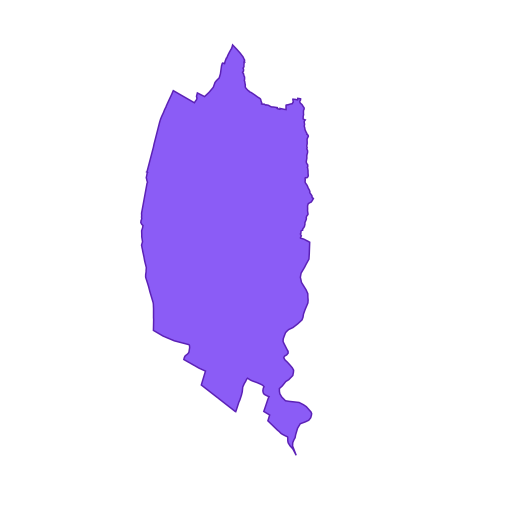 Dulcesti, Neamt, Romania (Natural Earth projection), rotated 55°
{"feature_id": "2599482B7069275875494", "entity_name": "Dulcesti", "entity_type": "district", "adm_level": 2, "iso_a3": "ROU", "parent_name": "Romania", "parent_adm1": "Neamt", "projection": "natural_earth1", "projection_center": [26.772, 46.976], "detail": "fine", "context": "isolated", "style": "filled", "palette": "violet", "viewbox_px": 512, "rotation_deg": 55, "n_neighbors": 0, "source": "geoboundaries", "source_scale": "gbopen_adm2", "svg_char_len": 6067}
<svg xmlns="http://www.w3.org/2000/svg" viewBox="0 0 512 512"><g transform="rotate(55 256 256)"><path d="M181.5,343.6L181.8,343.6L184.0,344.7L185.1,345.1L187.4,346.2L189.4,347.0L191.2,347.8L191.8,348.0L196.1,350.0L199.2,351.2L202.6,352.5L204.9,354.4L205.8,355.0L207.9,357.0L209.8,358.4L210.5,358.7L216.6,360.6L219.9,361.7L224.4,363.4L233.7,366.5L235.2,367.0L236.4,367.6L240.6,370.3L247.7,375.3L249.5,376.4L258.1,382.7L268.4,378.0L278.6,371.6L289.9,362.0L290.5,361.7L291.3,361.9L293.0,362.9L296.1,365.9L296.7,366.9L297.1,368.8L297.1,369.4L297.1,370.0L297.3,371.7L298.4,373.4L299.4,374.5L315.4,366.9L321.3,363.4L330.3,374.8L371.4,362.2L371.9,361.9L370.7,360.2L366.0,354.0L364.6,351.7L361.6,347.7L359.3,345.1L355.7,342.0L353.7,338.6L352.8,336.5L351.8,334.8L351.4,333.7L351.2,333.1L352.1,332.6L353.4,332.2L355.0,331.4L356.6,330.4L360.4,327.7L362.4,326.5L363.5,325.8L365.0,325.0L366.0,324.6L367.2,324.4L367.7,324.4L367.9,324.8L368.5,325.9L369.8,327.2L370.4,327.7L371.4,328.2L372.6,328.6L373.9,328.6L375.1,328.1L377.5,326.8L378.7,326.0L378.9,326.5L380.2,328.5L383.7,333.2L387.8,338.8L394.1,336.0L397.8,340.8L410.9,338.3L413.0,337.7L415.6,337.3L417.1,336.7L420.0,335.2L422.2,333.9L422.5,333.9L423.5,334.5L425.2,335.7L425.9,336.1L427.5,336.8L429.0,336.9L431.2,337.0L432.6,336.8L434.1,336.6L435.1,336.5L436.3,336.6L442.3,337.4L432.6,335.0L430.0,333.0L428.1,330.0L427.3,328.2L425.2,326.1L420.9,320.7L418.8,316.0L419.0,315.2L420.2,310.6L420.8,307.0L419.9,304.0L418.1,301.8L417.0,300.8L415.2,300.4L408.3,301.2L405.1,302.4L400.7,304.7L394.0,312.3L391.5,314.9L386.3,315.8L382.5,315.5L380.4,314.5L378.0,312.9L377.5,309.0L375.9,303.6L376.1,300.1L375.0,294.4L372.7,292.0L371.1,290.7L368.5,290.4L365.0,290.7L361.0,291.2L357.6,291.9L355.2,291.6L354.4,290.0L354.6,287.6L354.0,285.4L352.3,284.3L351.6,284.4L343.2,283.2L341.4,282.8L339.4,281.1L337.7,278.7L335.7,275.7L335.2,273.1L335.0,271.4L335.8,266.8L335.5,260.6L334.7,254.9L333.1,252.6L330.8,250.4L327.9,246.3L325.8,242.9L324.2,240.4L322.0,238.6L319.6,237.2L316.6,235.2L312.6,234.4L303.7,233.9L301.4,232.9L298.9,231.9L295.9,228.9L293.0,222.5L291.7,220.1L288.9,214.4L284.5,210.9L275.5,204.1L269.5,207.2L266.9,209.3L266.6,209.2L266.4,209.0L265.5,207.3L263.7,207.1L263.3,206.9L263.2,206.3L262.9,206.0L261.8,205.2L261.3,204.6L261.3,204.0L261.4,203.4L261.6,203.1L261.5,202.8L261.1,202.6L260.5,202.0L260.4,201.7L260.2,200.7L259.6,199.4L258.7,198.4L258.2,197.9L258.1,197.7L256.8,196.9L254.9,193.9L254.0,193.1L253.4,192.9L252.4,191.6L252.1,190.6L251.9,189.9L251.7,189.5L251.1,189.1L250.2,188.7L248.7,187.9L247.7,187.3L247.5,187.0L244.5,185.0L243.6,183.9L243.1,183.1L243.2,181.7L243.3,180.6L243.5,180.0L242.8,177.9L242.1,176.8L242.1,176.3L241.9,176.0L241.6,176.0L240.4,176.5L239.6,176.1L239.0,175.7L237.8,175.6L235.2,175.6L234.5,175.4L234.3,175.0L232.8,174.5L229.9,174.2L229.0,173.9L227.3,173.6L226.3,173.6L225.1,173.6L224.3,173.6L223.3,173.2L222.4,172.4L221.6,171.8L220.6,171.3L220.3,171.0L220.2,170.6L220.6,170.0L221.1,169.5L221.0,168.5L220.7,167.8L220.5,167.5L220.0,167.0L218.9,166.4L217.9,165.8L215.7,164.3L214.4,163.7L213.5,163.2L212.9,163.1L212.7,162.9L212.5,162.5L212.2,162.1L211.0,161.4L210.8,161.3L209.5,161.4L208.9,161.3L208.0,161.0L207.5,160.7L204.9,158.1L203.8,157.5L203.1,156.8L202.6,156.7L201.7,155.4L200.7,154.3L200.0,153.8L199.4,153.4L198.8,153.2L197.3,153.0L196.8,152.2L196.5,151.9L195.5,151.6L194.8,151.2L193.6,149.9L192.9,149.3L190.1,147.5L189.5,147.0L189.0,146.3L188.0,144.5L187.6,144.3L187.1,144.1L186.5,144.1L185.5,144.5L185.3,144.2L185.0,144.1L182.6,143.8L180.4,143.3L179.1,142.6L177.3,142.0L175.9,140.6L174.5,140.0L173.3,139.2L172.8,137.6L171.1,138.7L170.8,138.8L168.6,137.2L167.6,136.0L166.2,135.2L164.4,133.9L163.8,133.3L163.4,132.5L162.6,131.8L162.0,131.6L160.5,131.6L159.0,131.5L158.3,131.5L156.6,131.9L155.8,132.0L154.8,131.7L154.5,131.5L154.1,131.0L153.9,130.3L153.6,129.9L152.8,129.3L151.4,130.7L150.8,131.4L151.1,131.6L151.4,131.8L151.8,132.1L151.9,132.3L151.8,132.6L150.8,133.5L150.5,133.7L149.4,135.0L148.9,135.5L148.7,135.9L151.3,137.2L151.6,138.2L152.0,138.8L152.0,139.1L151.4,140.3L150.4,143.2L149.8,144.3L149.7,144.9L149.8,145.0L150.1,145.1L150.8,145.7L153.3,147.4L152.0,148.8L149.0,151.6L149.5,151.8L149.6,152.2L148.9,152.9L147.4,154.0L147.1,154.0L146.9,153.5L146.7,153.4L144.8,155.4L144.1,156.1L142.6,158.0L142.0,158.2L141.2,158.7L139.8,159.3L139.1,159.9L138.1,160.9L138.1,161.3L137.7,161.6L136.1,162.3L136.0,162.8L135.5,163.3L135.2,163.9L134.5,164.2L134.3,163.7L134.0,163.5L132.0,163.0L130.5,162.4L130.0,162.3L129.4,162.4L128.7,162.6L126.7,163.5L123.7,164.5L119.5,166.1L117.8,167.1L117.4,167.2L116.9,167.1L116.2,167.5L115.7,167.6L113.8,167.9L112.0,168.0L111.3,167.8L109.7,166.6L109.0,166.3L108.2,166.0L106.9,165.3L105.6,164.9L105.4,164.8L104.8,164.1L103.6,163.2L102.8,162.7L102.4,162.6L101.7,162.6L100.9,162.2L100.4,162.2L99.9,161.8L99.7,161.7L99.1,161.6L98.4,161.8L98.1,161.8L97.8,161.6L97.7,161.4L97.6,160.8L97.3,160.1L96.5,159.5L95.9,159.1L94.7,158.9L94.5,158.4L94.1,157.4L93.9,157.2L92.5,156.3L91.3,155.2L90.3,154.7L90.1,154.4L90.5,154.0L89.5,153.7L89.4,153.3L88.6,152.9L88.5,153.0L86.5,152.6L86.2,152.6L85.8,152.5L85.2,152.4L83.8,152.5L80.8,152.6L75.5,153.2L69.7,154.1L71.3,156.0L71.7,156.8L72.0,156.9L72.2,157.1L72.4,158.0L72.7,158.6L73.7,160.7L75.3,163.7L77.0,166.4L76.9,166.8L77.1,167.1L78.5,169.2L79.6,170.6L80.4,171.4L80.3,171.6L79.9,171.9L79.1,172.3L78.8,172.6L78.8,172.8L79.0,173.3L80.5,175.2L86.4,180.7L89.0,184.0L89.6,187.6L90.3,190.0L93.3,194.2L95.0,200.5L95.5,203.8L95.9,206.7L88.8,210.5L91.1,213.2L92.8,213.8L93.8,214.9L94.3,216.5L95.1,218.6L73.1,228.9L74.2,230.7L75.2,232.3L78.8,238.6L81.7,243.5L82.4,244.4L82.9,245.5L84.0,247.4L85.3,249.3L87.5,253.1L89.1,255.6L91.3,258.4L106.0,275.5L108.0,277.6L124.5,297.0L124.5,297.3L125.3,296.9L125.5,297.4L128.1,300.1L128.6,300.7L129.1,301.1L130.2,301.4L131.7,302.1L133.2,302.5L133.6,302.8L133.9,303.5L155.3,325.2L157.5,326.6L158.5,327.5L159.7,328.0L160.6,329.1L161.1,329.9L162.6,331.2L164.7,331.4L166.2,331.1L168.0,332.9L169.7,335.2L173.1,337.4L174.6,338.5L179.3,340.8L181.5,343.6Z" fill="#8b5cf6" stroke="#5b21b6" stroke-width="1.5"/></g></svg>